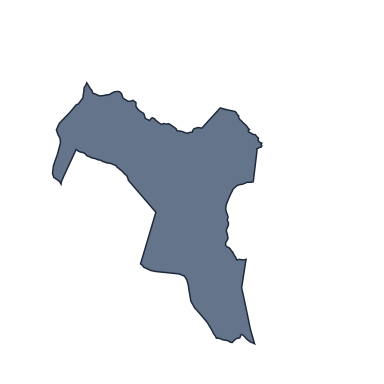 Lago da Pedra, Maranhão, Brazil (Robinson projection), rotated 135°
{"feature_id": "56859067B74680935890891", "entity_name": "Lago da Pedra", "entity_type": "district", "adm_level": 2, "iso_a3": "BRA", "parent_name": "Brazil", "parent_adm1": "Maranhão", "projection": "robinson", "projection_center": [-45.211, -4.719], "detail": "fine", "context": "isolated", "style": "filled", "palette": "slate", "viewbox_px": 384, "rotation_deg": 135, "n_neighbors": 0, "source": "geoboundaries", "source_scale": "gbopen_adm2", "svg_char_len": 2885}
<svg xmlns="http://www.w3.org/2000/svg" viewBox="0 0 384 384"><g transform="rotate(135 192 192)"><path d="M255.1,40.4L247.8,53.6L241.8,62.7L232.1,77.5L230.7,79.7L224.6,89.2L201.4,106.2L202.7,106.6L204.5,108.7L206.3,111.0L208.5,112.5L207.3,114.8L207.0,116.6L206.6,118.4L205.9,120.1L205.5,123.6L205.1,125.0L205.3,126.7L206.1,128.8L205.7,130.9L203.9,132.4L201.6,132.9L199.2,133.8L197.9,135.8L196.8,137.2L195.6,139.7L194.1,141.1L191.9,142.1L190.5,142.4L189.3,143.2L187.8,144.7L187.2,146.8L185.8,147.9L184.3,148.7L182.9,151.1L181.7,153.9L179.9,156.4L177.3,158.4L174.4,159.9L169.4,162.0L164.7,163.7L160.6,165.0L155.6,164.7L153.3,163.6L150.4,161.6L146.2,159.9L143.6,157.3L141.5,155.9L118.8,173.7L117.0,175.1L115.8,176.7L114.4,176.1L112.5,175.8L111.2,174.8L109.9,175.3L109.6,176.8L108.1,177.2L109.1,179.4L108.5,182.1L106.9,183.1L107.0,185.6L106.7,187.8L108.3,189.9L108.5,191.4L109.4,194.0L108.9,195.6L107.2,195.5L107.2,197.2L106.7,200.2L106.7,202.2L106.9,204.3L106.8,206.8L106.9,209.2L106.4,211.9L105.2,212.6L105.2,214.6L104.6,216.7L104.6,218.4L109.3,225.8L112.6,231.5L139.9,230.2L142.1,233.3L145.8,235.3L147.9,235.0L149.3,234.1L151.3,235.6L154.0,237.1L154.8,238.5L156.2,241.8L157.6,243.8L159.3,245.9L158.5,248.1L159.3,253.2L160.1,256.6L162.2,258.3L163.7,260.6L165.6,261.1L166.6,264.5L166.6,266.2L167.0,267.8L166.7,270.2L167.6,272.7L169.5,272.8L171.4,272.6L173.0,276.8L170.6,281.7L171.6,286.0L171.7,288.9L171.1,292.2L168.3,295.0L169.0,298.7L170.6,299.2L172.9,301.1L173.9,304.8L174.4,307.2L172.3,311.3L172.3,314.1L173.2,315.5L176.2,317.8L179.6,318.9L181.8,319.4L183.6,321.0L187.4,323.5L189.5,325.4L190.9,329.2L192.3,332.1L190.9,334.6L190.9,336.4L189.2,343.6L192.3,342.4L194.1,342.2L202.5,335.8L204.0,335.5L210.3,334.6L212.0,335.5L222.7,334.6L237.3,334.4L244.0,331.8L246.1,327.5L247.3,323.4L250.2,319.8L260.1,314.0L271.2,308.7L277.4,303.9L279.4,300.1L278.6,295.9L278.2,293.2L279.0,290.2L277.4,291.4L275.4,292.3L271.7,293.8L243.8,304.0L243.6,301.8L243.0,299.9L241.9,298.0L241.0,296.6L240.5,294.9L240.6,293.3L240.6,291.5L239.8,290.2L239.1,287.8L238.2,286.1L236.8,284.0L235.7,281.3L234.1,279.0L233.6,276.9L231.7,273.0L229.5,270.0L228.6,268.2L228.1,266.6L227.0,264.5L227.4,263.0L227.2,261.5L227.1,259.9L226.8,258.0L226.7,254.9L226.9,251.9L226.6,250.3L227.0,248.7L227.6,247.1L228.7,245.3L231.9,203.2L245.9,195.6L263.4,186.1L274.0,180.4L279.2,177.6L278.9,174.8L279.3,173.0L276.8,165.9L274.0,161.6L263.1,148.2L259.3,143.5L257.8,140.3L256.8,137.7L257.8,133.6L259.1,131.1L260.3,129.2L261.0,128.0L262.9,125.6L270.0,115.6L272.0,108.3L272.7,97.5L272.9,95.2L273.5,88.7L275.8,79.8L276.9,76.7L277.3,73.5L278.1,71.5L276.4,69.4L275.4,67.5L274.7,65.7L271.6,61.3L271.2,58.8L270.0,57.1L267.5,57.3L264.9,57.1L263.0,56.2L261.4,55.1L260.0,55.6L258.8,56.5L257.5,56.1L257.2,54.5L257.1,52.2L257.3,49.7L257.2,47.9L256.9,45.3L256.2,43.4L255.6,42.0L255.1,40.4Z" fill="#64748b" stroke="#1e293b" stroke-width="1.5"/></g></svg>